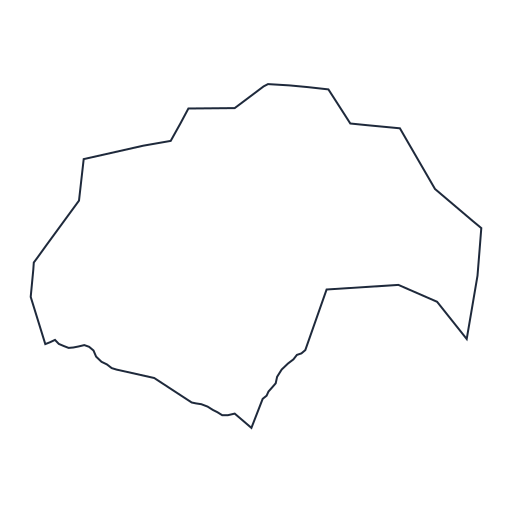 Caridade do Piauí, Piauí, Brazil
{"feature_id": "56859067B32922101627440", "entity_name": "Caridade do Piauí", "entity_type": "district", "adm_level": 2, "iso_a3": "BRA", "parent_name": "Brazil", "parent_adm1": "Piauí", "projection": "albers", "projection_center": [-40.967, -7.711], "detail": "fine", "context": "isolated", "style": "outline", "palette": "slate", "viewbox_px": 512, "rotation_deg": 0, "n_neighbors": 0, "source": "geoboundaries", "source_scale": "gbopen_adm2", "svg_char_len": 979}
<svg xmlns="http://www.w3.org/2000/svg" viewBox="0 0 512 512"><path d="M466.7,339.0L471.0,313.9L477.5,275.7L479.6,249.6L481.3,228.1L472.6,220.9L435.0,189.0L408.2,142.7L399.9,128.3L367.2,125.2L350.3,123.5L339.6,106.8L328.4,89.4L307.7,87.1L289.5,85.4L268.0,84.1L263.6,86.4L234.7,108.1L211.5,108.3L188.4,108.5L180.5,123.3L170.7,140.9L143.2,145.7L83.7,159.1L79.0,200.6L46.3,245.3L37.3,257.8L33.8,262.5L33.3,269.7L30.7,296.9L45.3,344.1L49.9,342.3L55.0,339.9L58.8,343.9L63.7,346.0L68.6,347.9L73.3,347.5L78.4,346.5L84.3,345.1L89.1,346.8L93.5,350.5L96.1,356.6L101.5,361.8L106.9,364.4L111.7,368.1L116.6,369.6L154.2,378.0L191.7,402.5L196.0,403.4L201.3,404.2L207.6,406.6L212.8,409.9L217.4,412.2L222.2,415.2L227.9,415.2L234.7,413.6L251.4,427.9L262.7,398.8L266.6,395.7L268.5,391.5L271.9,387.7L275.7,383.3L277.1,376.8L281.7,369.5L288.0,363.5L293.4,359.4L296.9,354.9L301.4,353.4L305.3,350.1L326.6,289.5L398.4,284.9L437.1,301.8L466.7,339.0Z" fill="none" stroke="#1e293b" stroke-width="2"/></svg>